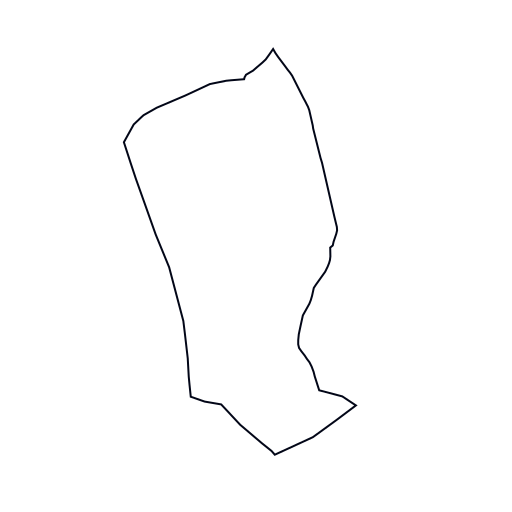 Grande Riviere/Norbert, Gros Islet, Saint Lucia, rotated 144°
{"feature_id": "8701671B47647917387752", "entity_name": "Grande Riviere/Norbert", "entity_type": "district", "adm_level": 2, "iso_a3": "LCA", "parent_name": "Saint Lucia", "parent_adm1": "Gros Islet", "projection": "albers", "projection_center": [-60.95, 14.044], "detail": "fine", "context": "isolated", "style": "outline", "palette": "ink", "viewbox_px": 512, "rotation_deg": 144, "n_neighbors": 0, "source": "geoboundaries", "source_scale": "gbopen_adm2", "svg_char_len": 1311}
<svg xmlns="http://www.w3.org/2000/svg" viewBox="0 0 512 512"><g transform="rotate(144 256 256)"><path d="M263.0,76.4L268.7,91.7L283.8,110.2L282.1,115.4L280.7,119.6L279.3,123.9L277.5,128.4L276.0,133.8L275.2,138.6L275.3,142.8L275.1,146.8L275.3,152.2L275.2,156.3L273.8,159.7L271.3,163.1L267.4,167.5L261.0,173.3L253.0,180.4L240.9,186.0L237.6,188.1L234.1,190.8L228.0,196.2L224.3,197.6L217.1,200.0L209.3,202.6L204.4,205.2L201.2,207.2L198.6,209.2L196.1,211.9L191.0,219.2L187.7,219.4L184.9,221.9L178.1,226.7L175.3,229.1L173.5,232.0L172.4,234.7L169.3,242.2L147.8,292.6L146.2,297.3L134.8,325.6L133.4,328.2L127.2,342.7L126.2,346.3L125.9,348.4L125.3,352.1L124.8,356.1L120.8,380.6L120.7,384.5L120.9,388.0L120.9,391.3L121.1,404.1L121.0,408.7L120.5,413.4L126.5,411.3L132.6,409.3L137.2,408.7L144.0,408.2L149.5,407.7L152.2,408.0L156.5,408.4L157.6,408.5L159.2,407.7L160.2,407.3L161.7,406.0L172.5,412.6L177.1,415.3L192.2,422.2L219.0,427.4L227.7,429.4L249.1,434.3L260.6,435.6L264.2,436.0L267.0,435.7L277.6,434.3L296.0,425.7L302.8,404.8L307.7,389.4L315.4,363.2L324.5,332.4L332.9,297.9L353.0,246.1L359.5,234.4L371.4,213.3L381.4,197.8L385.3,191.2L391.5,180.5L384.5,170.4L383.1,168.4L371.4,156.4L368.0,128.7L361.3,101.1L358.0,89.0L357.6,84.2L316.5,76.0L288.7,76.0L263.0,76.4Z" fill="none" stroke="#020617" stroke-width="2"/></g></svg>